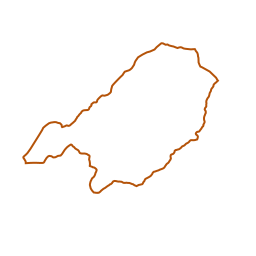 the district of Metap, Chhukha, Bhutan, rotated 231°
{"feature_id": "84629894B26183929812002", "entity_name": "Metap", "entity_type": "district", "adm_level": 2, "iso_a3": "BTN", "parent_name": "Bhutan", "parent_adm1": "Chhukha", "projection": "equal_earth", "projection_center": [89.421, 27.116], "detail": "fine", "context": "isolated", "style": "outline", "palette": "amber", "viewbox_px": 256, "rotation_deg": 231, "n_neighbors": 0, "source": "geoboundaries", "source_scale": "gbopen_adm2", "svg_char_len": 5727}
<svg xmlns="http://www.w3.org/2000/svg" viewBox="0 0 256 256"><g transform="rotate(231 128 128)"><path d="M108.2,227.7L109.0,227.7L111.7,228.1L120.5,227.0L128.7,223.7L130.2,222.9L132.3,223.4L134.5,224.1L136.2,225.4L138.2,226.9L139.6,227.5L141.3,228.6L143.0,229.2L145.2,229.2L147.2,229.6L148.2,228.3L149.5,226.4L153.4,222.5L154.8,221.3L156.8,220.4L157.6,219.8L158.4,218.5L159.0,216.8L160.5,215.9L162.8,214.6L164.1,213.5L166.3,211.9L168.0,211.3L168.3,210.8L169.1,209.6L171.8,208.4L172.8,207.3L172.9,206.8L172.8,201.1L172.3,198.0L173.6,193.2L174.9,190.3L175.5,187.5L175.9,185.7L176.2,183.5L176.6,180.3L175.4,176.1L174.7,174.6L173.3,172.5L172.1,168.7L172.0,166.5L172.3,164.8L173.0,163.1L173.8,160.9L173.2,158.8L172.6,157.2L172.4,154.4L172.0,150.8L171.5,146.8L171.1,144.1L170.7,142.2L169.6,140.7L168.7,139.4L166.8,137.4L166.5,135.9L166.5,135.2L166.6,133.1L167.8,130.2L169.5,128.5L169.7,127.0L169.5,124.6L169.4,123.8L169.2,122.5L169.0,121.8L168.7,121.3L168.2,120.7L168.0,120.3L167.9,119.9L168.0,119.3L168.2,119.0L168.8,118.4L169.5,117.3L169.5,115.7L169.5,114.6L169.2,114.2L168.8,114.0L168.4,113.4L168.3,113.0L168.3,112.4L168.3,111.3L168.0,110.6L167.7,110.3L167.5,110.0L167.2,109.3L167.2,108.5L167.4,107.9L168.4,106.5L169.1,105.5L169.5,104.8L169.7,104.4L169.9,103.6L169.9,102.8L169.8,102.0L169.5,101.5L169.3,101.1L169.3,100.5L169.1,99.0L169.1,98.6L168.9,98.0L168.6,97.0L168.5,95.6L168.4,95.2L168.0,94.6L167.6,93.2L167.4,92.4L167.1,92.1L166.9,91.6L166.7,88.4L166.7,86.0L166.6,85.5L166.6,85.0L166.6,84.4L166.7,83.9L166.9,83.5L167.3,82.9L167.8,82.6L168.1,82.4L168.6,82.0L168.8,81.4L169.0,80.6L169.1,79.9L169.4,79.2L170.1,77.4L170.6,77.4L172.4,78.4L174.6,78.1L175.9,76.9L177.9,75.7L179.0,74.4L179.8,73.0L180.7,71.5L181.4,69.6L181.6,65.5L181.5,62.3L180.4,59.9L178.3,54.0L173.2,39.1L171.8,34.1L171.5,31.4L171.5,29.8L171.2,28.3L170.0,27.8L169.5,27.9L166.9,27.5L166.5,27.4L165.7,26.9L165.0,26.4L161.8,30.9L158.6,34.9L156.6,37.2L154.7,39.5L154.2,40.5L154.3,41.5L154.9,42.7L156.0,46.0L156.2,48.1L155.9,49.2L154.4,50.6L154.1,50.8L152.2,51.4L151.3,52.6L150.9,53.4L150.4,56.0L149.0,58.3L149.3,60.4L150.3,63.4L150.9,65.3L151.4,68.4L151.4,70.6L151.2,72.3L151.2,72.7L151.0,73.3L150.2,73.7L149.7,73.7L148.9,73.6L148.4,73.6L147.7,73.9L147.0,74.1L146.2,74.1L145.4,74.1L144.1,74.5L142.4,75.2L141.7,75.3L141.4,75.3L140.6,75.2L139.9,75.0L139.3,74.9L138.8,74.9L138.2,75.2L137.6,75.7L137.0,76.3L135.4,78.3L133.9,79.5L133.0,79.9L132.4,80.0L131.3,80.5L130.9,80.6L130.5,80.5L130.0,80.2L129.5,79.6L128.7,78.7L127.8,77.8L127.4,77.7L126.5,77.4L124.5,76.2L123.7,75.5L123.2,75.2L122.9,74.7L122.5,74.4L121.2,75.2L120.0,75.9L119.5,76.0L119.2,76.3L118.8,76.7L117.9,77.1L116.4,77.4L115.5,77.4L114.9,77.0L114.0,75.6L113.7,74.9L113.5,74.4L113.1,73.9L112.4,72.9L111.9,71.8L111.6,70.9L111.5,70.1L111.5,69.6L111.5,68.8L111.4,68.2L111.2,67.8L110.6,66.6L110.0,65.3L109.2,64.2L108.4,63.2L107.7,62.5L104.5,61.0L102.1,60.7L99.7,60.8L99.3,60.9L98.5,61.8L97.8,62.3L97.4,62.8L96.7,63.6L96.6,64.0L96.1,64.5L96.0,65.8L96.0,66.8L96.2,67.5L96.2,68.1L96.2,69.0L96.2,70.0L96.2,70.8L96.0,71.6L95.9,72.2L95.8,73.5L95.8,74.3L95.8,74.7L95.7,75.5L95.7,76.1L95.5,76.8L95.5,77.8L95.6,78.3L95.4,78.8L95.2,79.2L95.2,79.8L95.2,80.3L95.2,80.8L95.5,81.5L95.6,82.2L95.8,82.6L95.6,83.6L95.4,84.1L94.3,85.3L93.7,85.7L93.1,86.2L92.4,86.8L91.9,87.5L91.2,88.2L90.7,88.8L90.0,89.3L88.9,89.7L88.3,90.0L87.8,90.4L87.5,90.8L87.1,91.3L86.6,92.1L86.2,92.6L85.8,92.9L84.4,94.5L83.0,95.3L81.9,95.9L81.0,96.6L79.4,97.0L78.4,97.6L77.5,98.0L77.3,98.7L77.3,99.1L77.1,99.6L77.1,100.1L76.9,100.7L76.6,101.2L76.3,101.8L75.7,103.1L75.5,103.4L75.4,103.9L75.5,104.3L75.7,104.9L76.2,105.7L76.3,106.2L76.3,106.7L76.4,107.2L76.8,107.7L77.0,108.3L77.4,109.1L77.4,109.8L77.1,111.3L76.7,113.3L76.5,115.1L76.5,115.6L76.6,116.2L76.8,117.0L76.9,117.5L77.2,118.3L77.5,118.8L77.7,119.3L77.7,119.8L77.7,120.6L77.3,121.3L76.9,122.4L76.3,124.1L76.0,124.7L75.7,125.9L75.6,126.6L75.3,127.2L75.2,127.7L74.6,129.3L74.5,130.0L74.4,131.0L74.6,131.9L74.9,132.7L75.1,133.3L75.2,133.7L75.3,134.2L75.5,134.6L75.6,135.1L75.7,135.9L75.6,136.6L75.6,137.5L75.7,137.9L76.0,138.9L76.3,139.6L76.6,140.6L76.7,141.1L77.0,141.5L77.2,141.9L77.4,142.2L78.9,143.0L79.5,143.5L80.0,144.2L80.1,144.6L80.1,145.0L79.9,145.6L79.5,146.7L79.5,147.2L79.6,147.7L79.7,148.2L79.9,148.7L80.2,149.2L80.5,149.5L80.8,149.8L80.9,150.2L80.9,150.7L80.8,151.3L80.5,151.7L80.1,152.8L79.7,153.6L79.4,154.3L79.3,155.6L79.3,156.3L79.3,157.0L79.5,157.7L79.6,158.5L79.5,158.9L79.1,160.2L79.0,161.2L79.2,162.8L79.2,163.4L79.2,163.8L78.9,164.5L78.8,165.3L78.8,165.7L78.8,166.8L79.1,167.7L79.1,168.5L79.0,169.1L78.6,169.7L78.2,170.2L77.7,170.7L77.2,171.3L76.4,172.6L75.6,174.6L75.9,175.0L76.1,175.4L76.5,176.0L77.5,177.0L78.0,177.1L78.7,177.2L79.1,177.1L79.5,176.9L80.0,176.9L80.4,176.9L80.9,177.1L81.3,177.7L81.4,178.1L81.5,178.7L81.4,179.5L81.1,179.9L80.6,180.8L80.6,181.6L80.9,182.6L81.3,184.3L81.4,184.8L81.6,185.2L82.0,186.2L82.1,187.5L82.4,188.1L82.9,188.4L83.1,188.6L83.8,190.2L84.1,190.8L84.4,191.3L85.0,191.7L85.4,191.9L85.9,192.0L86.3,192.2L86.8,192.5L87.4,192.9L87.9,193.4L88.4,193.8L89.0,194.7L89.3,195.1L89.6,195.8L90.1,196.5L90.6,197.6L90.8,198.0L91.4,198.3L91.9,198.8L92.2,199.0L93.4,199.1L94.3,199.4L94.5,199.7L94.8,200.1L95.0,200.6L95.2,201.3L95.3,202.0L95.5,202.4L96.1,202.9L96.7,203.3L97.2,203.8L98.0,204.7L98.4,204.8L99.1,205.3L100.0,206.3L100.2,206.7L100.5,207.4L100.8,207.9L101.1,208.8L101.2,209.1L101.4,210.2L101.6,210.6L101.8,211.0L102.5,212.0L102.9,212.5L103.6,213.3L103.9,213.9L104.6,215.7L104.9,216.0L105.2,216.4L105.6,216.9L105.8,217.3L106.0,217.9L106.2,218.9L106.3,219.4L106.6,220.4L106.9,220.9L107.4,221.3L107.8,222.0L107.9,222.6L108.0,223.2L108.0,224.3L108.0,224.7L108.0,225.4L108.1,226.1L108.2,227.7Z" fill="none" stroke="#b45309" stroke-width="2"/></g></svg>